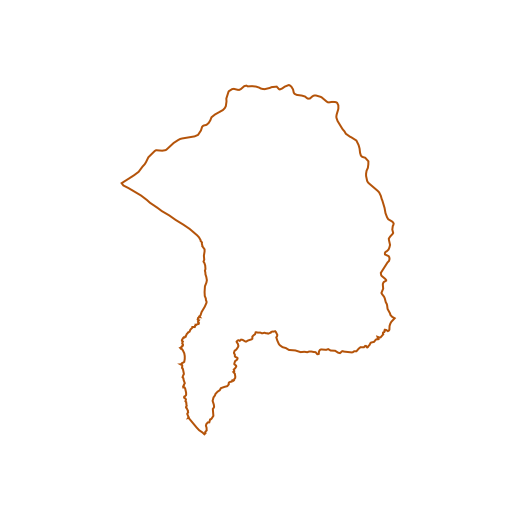 the district of Atabae, Bobonaro, East Timor, rotated 311°
{"feature_id": "22284137B39370724774054", "entity_name": "Atabae", "entity_type": "district", "adm_level": 2, "iso_a3": "TLS", "parent_name": "East Timor", "parent_adm1": "Bobonaro", "projection": "orthographic", "projection_center": [125.062, -8.829], "detail": "fine", "context": "isolated", "style": "outline", "palette": "amber", "viewbox_px": 512, "rotation_deg": 311, "n_neighbors": 0, "source": "geoboundaries", "source_scale": "gbopen_adm2", "svg_char_len": 6132}
<svg xmlns="http://www.w3.org/2000/svg" viewBox="0 0 512 512"><g transform="rotate(311 256 256)"><path d="M378.3,137.0L376.5,135.7L372.2,135.1L370.4,134.4L369.5,133.3L367.6,129.6L366.3,128.5L362.6,127.4L361.9,127.5L355.4,130.3L353.2,132.4L349.3,134.9L347.2,135.4L344.6,135.3L335.9,132.2L331.5,131.4L328.4,132.5L325.4,133.0L322.5,132.6L320.1,130.9L319.1,130.6L318.1,130.6L314.6,132.1L309.4,132.8L306.0,131.2L296.3,123.2L294.6,122.0L292.5,121.2L287.3,119.7L277.3,118.6L276.3,118.1L273.9,116.1L270.3,111.2L268.9,110.7L259.9,110.0L254.7,111.4L252.2,111.8L249.1,111.7L242.5,112.2L237.0,111.0L222.8,106.8L222.2,109.6L223.6,115.2L226.2,129.4L226.7,137.0L226.6,140.9L227.8,150.9L228.1,155.4L229.7,163.8L230.5,171.7L232.0,180.6L232.9,188.1L233.0,198.0L232.7,200.7L231.6,203.8L231.0,204.4L230.8,206.3L229.6,207.2L228.7,208.7L228.2,208.9L227.3,212.8L225.7,214.2L222.0,216.5L219.3,219.3L217.3,220.1L216.8,221.8L215.4,224.0L213.0,226.4L211.4,227.1L210.3,228.6L209.0,229.9L207.6,232.2L205.5,234.8L203.4,236.0L199.7,237.3L195.1,240.8L192.2,243.6L191.0,246.0L189.9,247.1L189.2,248.5L188.3,249.3L184.1,250.6L178.0,251.7L174.9,253.0L173.2,253.0L173.1,253.6L172.8,253.1L172.5,253.5L171.4,252.9L169.7,253.7L169.6,254.4L170.0,255.1L168.2,255.4L167.9,256.0L168.0,256.9L167.2,257.3L166.9,257.2L166.5,256.8L164.9,256.0L164.6,255.6L164.3,256.0L163.5,255.7L163.1,256.1L162.2,256.4L160.8,254.7L160.6,255.0L157.4,254.8L155.3,255.5L153.5,254.8L152.9,255.1L151.7,254.9L150.6,255.3L149.5,255.4L149.1,255.9L148.0,255.5L147.4,254.8L147.1,254.8L147.0,255.2L146.2,254.8L144.1,255.2L143.5,255.6L143.3,256.1L143.5,256.9L141.8,257.5L141.5,257.8L141.4,258.8L140.9,259.3L140.1,259.3L140.1,259.6L139.7,259.7L138.2,259.3L137.3,259.5L136.9,259.2L136.8,259.8L137.1,259.8L137.4,260.4L137.0,261.4L136.9,262.5L135.5,265.7L133.7,267.9L131.5,269.8L129.0,271.3L127.5,270.9L126.9,270.5L125.0,270.4L124.7,270.1L124.8,270.6L125.4,271.2L124.9,272.3L123.1,273.5L122.8,274.1L123.0,274.5L122.6,275.2L120.0,278.6L119.4,279.1L118.6,279.2L116.3,280.1L116.1,281.4L114.9,282.8L113.3,285.7L111.4,286.1L111.0,286.5L109.9,286.5L109.6,287.1L109.3,287.1L109.1,287.4L109.7,287.8L109.9,288.3L109.5,289.5L107.0,292.9L105.7,294.1L105.0,294.5L103.5,294.4L102.8,294.1L102.3,294.3L101.9,294.8L102.1,296.4L101.6,297.4L100.1,298.0L99.9,299.3L99.4,299.6L98.7,300.6L98.2,300.9L97.5,302.0L96.5,302.1L95.9,302.4L95.7,302.7L95.9,303.0L94.4,306.4L93.7,306.8L93.4,307.4L91.9,307.6L91.8,307.8L92.1,307.8L91.5,308.0L90.8,309.6L90.0,310.6L90.1,311.0L89.2,311.1L89.6,311.4L87.6,323.6L87.2,327.4L87.7,331.5L87.6,334.0L89.2,334.1L89.5,333.4L90.0,333.1L92.0,333.2L94.0,331.3L95.0,329.6L96.5,328.8L98.8,328.8L99.8,329.9L102.5,328.6L102.9,328.7L103.2,329.1L103.9,329.2L107.4,328.7L112.2,323.8L114.1,323.6L114.8,323.2L116.2,321.6L118.2,318.3L121.4,316.7L123.8,316.5L125.3,315.9L128.4,316.0L130.9,316.7L133.2,316.2L136.6,318.1L138.9,319.7L141.2,319.7L142.1,318.8L142.7,318.6L144.1,319.1L145.3,320.1L146.7,319.7L147.0,320.8L148.0,320.9L148.7,320.4L150.3,320.3L151.4,319.5L153.3,317.2L153.6,315.0L154.6,315.3L155.0,315.0L155.7,313.7L157.6,313.9L159.6,313.6L160.2,312.9L160.1,310.7L160.6,310.2L162.9,309.2L165.2,309.7L166.2,309.5L166.8,309.1L166.8,308.0L166.3,306.8L166.4,305.9L167.7,304.7L168.2,303.2L168.6,302.8L170.6,302.0L172.2,302.5L173.6,302.4L175.7,302.1L176.6,301.7L177.8,300.0L178.3,298.1L178.7,297.5L180.0,297.6L180.8,297.9L181.1,298.3L181.3,299.4L183.1,299.6L183.9,300.9L184.5,304.1L184.9,304.7L187.0,305.4L190.3,307.4L191.2,307.5L192.8,306.1L194.7,306.2L196.3,306.6L198.2,305.8L198.7,306.3L199.4,307.7L201.0,309.5L201.6,311.3L203.7,312.8L204.3,314.4L205.0,315.0L205.3,316.1L208.0,317.5L208.7,317.3L209.9,318.1L210.6,319.0L211.8,319.8L211.7,320.8L210.4,323.9L209.3,324.5L207.9,324.7L206.2,327.5L204.6,330.9L204.3,332.5L204.6,335.8L206.1,338.9L206.7,342.5L210.5,347.6L212.7,352.7L215.5,355.4L217.0,357.8L218.8,358.8L220.3,360.6L221.6,362.9L222.3,363.7L222.5,364.4L222.1,366.6L222.4,367.1L223.3,367.6L225.0,366.3L226.0,366.0L227.1,365.9L228.2,366.4L231.2,370.5L233.1,371.6L233.6,374.3L236.4,377.9L236.9,381.4L237.8,383.1L240.7,383.5L241.1,383.9L241.5,385.0L246.1,391.6L246.9,392.2L248.5,392.6L250.0,394.3L253.5,394.3L255.7,394.7L257.9,397.3L259.8,397.4L260.3,398.0L259.9,399.2L259.9,399.9L260.8,400.2L262.1,399.9L263.1,400.1L265.5,399.5L266.1,399.6L268.6,401.4L271.5,401.3L272.5,401.8L273.1,402.7L273.7,403.0L274.1,402.4L274.1,401.7L274.7,400.7L275.5,402.7L276.3,403.4L280.4,403.4L280.7,402.7L281.4,402.2L282.0,402.2L282.7,402.7L283.7,402.5L284.2,401.7L284.9,401.6L285.6,402.9L285.8,404.8L287.0,405.2L287.9,405.0L290.8,402.7L293.2,401.7L295.2,401.3L300.0,401.5L299.4,398.6L299.7,396.1L300.6,394.8L302.4,390.0L304.8,387.3L305.5,386.3L306.3,384.2L308.5,381.0L309.3,379.3L309.9,376.2L310.4,374.9L314.8,373.4L317.3,370.8L318.1,370.1L319.1,369.7L320.1,369.5L322.8,370.4L323.2,370.1L323.5,368.5L323.4,363.9L323.7,363.0L325.1,361.3L337.3,359.5L339.6,359.6L341.4,358.7L342.5,357.4L342.9,356.2L341.8,352.3L342.7,351.4L343.5,351.1L344.4,351.2L345.4,351.6L347.8,351.8L349.9,351.1L352.3,349.9L355.4,345.7L356.3,344.8L358.7,344.5L362.4,344.6L363.4,344.4L365.4,341.5L368.3,339.6L369.8,339.2L370.9,338.5L371.3,337.1L371.3,336.0L370.5,331.7L371.2,329.5L373.3,325.6L376.6,321.5L380.8,314.9L381.4,313.6L383.3,310.7L384.8,307.2L385.0,305.0L384.9,293.6L385.0,292.2L385.6,290.6L388.6,286.6L390.3,285.1L392.9,283.5L395.9,282.6L398.8,280.7L401.2,278.7L401.8,274.0L400.5,271.1L400.6,269.3L402.1,266.9L405.0,263.7L406.1,262.1L407.1,260.5L409.0,256.0L408.1,250.0L407.7,248.7L407.2,243.6L408.1,241.0L408.5,238.2L409.1,236.2L411.4,229.0L413.1,226.0L414.0,225.1L415.6,224.1L420.7,221.8L421.6,221.2L423.7,219.3L424.8,216.8L424.7,215.9L424.0,214.5L422.0,212.1L419.8,210.3L419.1,209.3L418.9,207.9L418.8,201.3L418.4,200.1L416.5,196.0L415.6,194.9L414.6,194.2L413.3,193.8L410.3,193.4L408.9,192.1L408.6,191.1L408.5,188.3L407.1,185.3L404.3,181.0L403.7,178.8L404.0,177.4L406.0,174.7L407.0,171.6L406.9,169.3L406.4,168.5L402.7,166.6L399.5,165.8L397.3,164.7L397.0,163.9L397.4,160.5L393.7,157.0L391.8,156.1L387.6,153.1L386.4,151.4L385.5,149.6L385.2,148.0L383.9,144.9L381.6,141.6L378.6,138.5L378.3,137.0Z" fill="none" stroke="#b45309" stroke-width="2"/></g></svg>